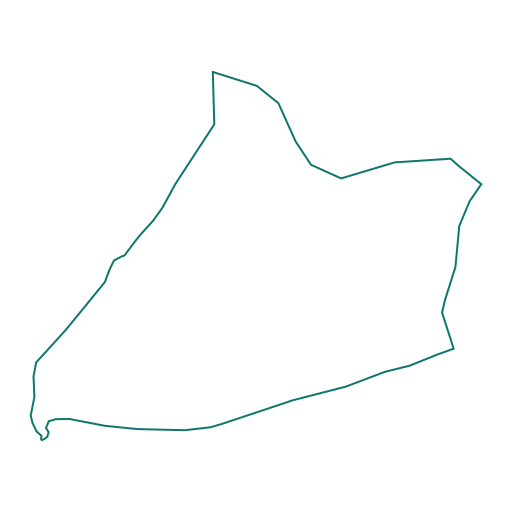 the district of Bonny, Rivers, Nigeria
{"feature_id": "59680162B83694422254145", "entity_name": "Bonny", "entity_type": "district", "adm_level": 2, "iso_a3": "NGA", "parent_name": "Nigeria", "parent_adm1": "Rivers", "projection": "mercator", "projection_center": [7.217, 4.46], "detail": "fine", "context": "isolated", "style": "outline", "palette": "teal", "viewbox_px": 512, "rotation_deg": 0, "n_neighbors": 0, "source": "geoboundaries", "source_scale": "gbopen_adm2", "svg_char_len": 815}
<svg xmlns="http://www.w3.org/2000/svg" viewBox="0 0 512 512"><path d="M311.0,164.8L295.6,141.4L286.9,122.1L278.4,103.2L256.9,85.9L212.8,72.0L214.3,124.3L175.3,184.1L162.5,207.6L157.6,214.5L152.5,221.4L141.4,233.6L137.2,238.6L124.5,255.4L120.9,256.8L114.0,260.5L109.5,269.7L104.9,282.0L88.3,302.4L65.8,329.9L36.2,362.4L33.5,376.5L34.4,396.9L30.7,415.6L32.5,422.9L36.6,431.5L41.4,435.7L41.1,439.1L41.8,440.0L44.2,439.2L47.3,436.8L48.6,432.2L46.0,427.9L48.8,421.2L55.8,419.2L69.5,419.0L104.9,425.8L137.7,429.1L184.9,430.2L210.8,427.2L221.0,424.2L292.7,400.3L345.8,386.6L385.0,371.8L409.5,365.7L437.2,354.6L453.6,348.7L450.8,339.7L442.0,312.5L445.1,299.7L455.4,267.1L459.3,225.9L469.7,201.1L481.3,184.2L458.0,165.4L450.6,158.7L394.6,162.4L341.1,178.4L311.0,164.8Z" fill="none" stroke="#0f766e" stroke-width="2"/></svg>